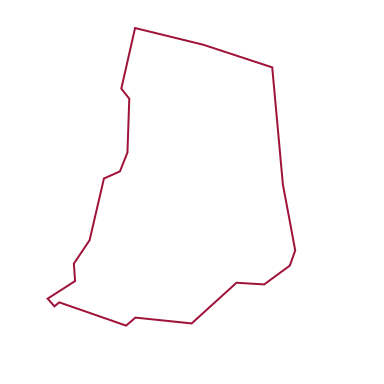 Bor South, Jonglei, South Sudan, rotated 194°
{"feature_id": "79223893B93297305003737", "entity_name": "Bor South", "entity_type": "district", "adm_level": 2, "iso_a3": "SSD", "parent_name": "South Sudan", "parent_adm1": "Jonglei", "projection": "equal_earth", "projection_center": [32.094, 6.474], "detail": "fine", "context": "isolated", "style": "outline", "palette": "rose", "viewbox_px": 384, "rotation_deg": 194, "n_neighbors": 0, "source": "geoboundaries", "source_scale": "gbopen_adm2", "svg_char_len": 453}
<svg xmlns="http://www.w3.org/2000/svg" viewBox="0 0 384 384"><g transform="rotate(194 192 192)"><path d="M216.6,337.6L286.9,337.3L285.6,275.2L275.4,267.3L264.2,214.7L266.9,194.6L280.7,183.8L279.7,120.5L289.3,93.9L283.9,77.3L306.3,53.6L297.8,47.8L294.1,52.8L223.6,46.4L216.6,56.4L160.5,64.4L160.4,64.6L126.9,114.7L99.6,119.8L79.3,144.2L77.7,160.2L88.9,184.8L105.6,221.2L144.3,332.3L216.6,337.6Z" fill="none" stroke="#9f1239" stroke-width="2"/></g></svg>